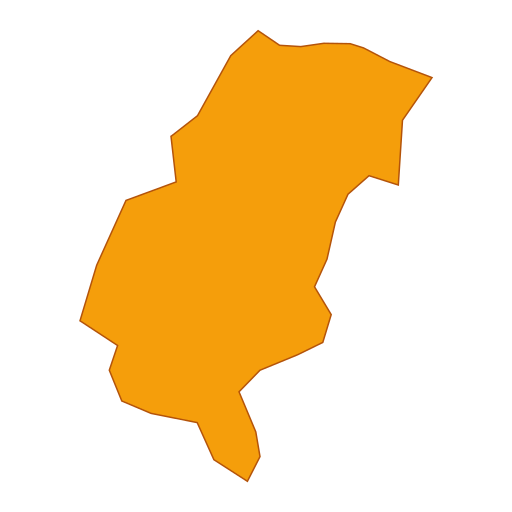 outline of Dečani, rotated 90°
{"feature_id": "KOS-5889", "entity_name": "Dečani", "entity_type": "District", "adm_level": 1, "iso_a3": "XKX", "parent_name": "Kosovo", "parent_adm1": "", "projection": "mercator", "projection_center": [20.231, 42.545], "detail": "fine", "context": "isolated", "style": "filled", "palette": "amber", "viewbox_px": 512, "rotation_deg": 90, "n_neighbors": 0, "source": "natural_earth", "source_scale": "10m", "svg_char_len": 628}
<svg xmlns="http://www.w3.org/2000/svg" viewBox="0 0 512 512"><g transform="rotate(90 256 256)"><path d="M136.0,340.5L115.7,314.5L55.6,281.2L30.7,253.9L45.3,232.4L46.6,211.2L43.3,188.2L43.7,161.8L47.9,148.5L61.6,122.1L77.6,80.0L120.2,109.5L185.0,113.7L175.7,143.0L194.2,164.0L222.0,176.6L259.1,185.0L286.8,197.5L314.6,180.8L342.4,189.2L354.7,214.3L370.2,252.0L391.8,273.0L431.9,256.2L456.6,252.0L481.3,264.6L459.7,298.1L422.6,314.8L413.4,360.9L401.0,390.2L370.2,402.7L345.5,394.4L320.8,432.0L265.2,415.3L200.4,386.0L181.9,335.8L136.3,341.0L136.2,340.7L136.0,340.5Z" fill="#f59e0b" stroke="#b45309" stroke-width="1.5"/></g></svg>